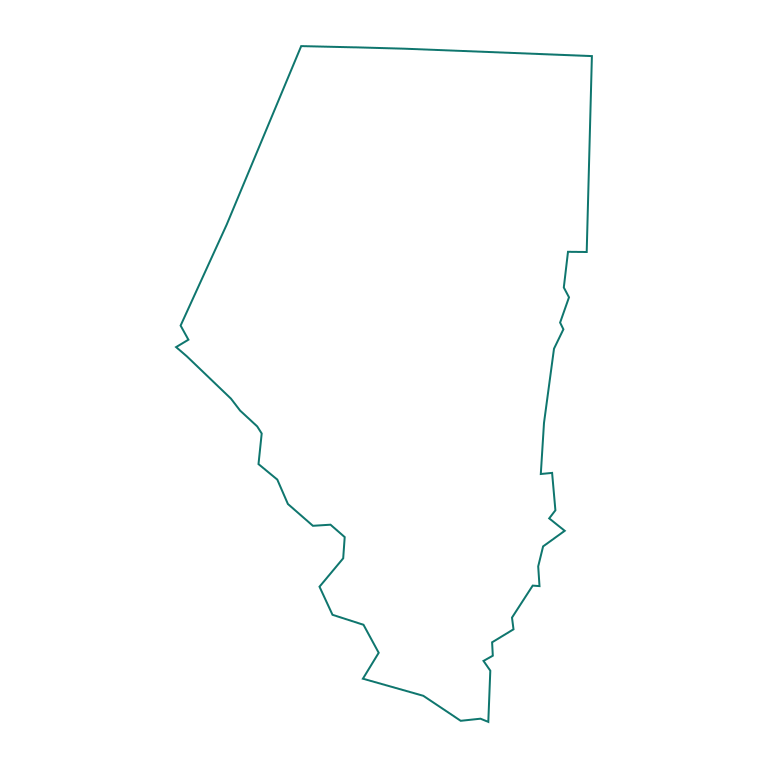 Boone, Missouri, United States of America
{"feature_id": "52423323B93742797793260", "entity_name": "Boone", "entity_type": "district", "adm_level": 2, "iso_a3": "USA", "parent_name": "United States of America", "parent_adm1": "Missouri", "projection": "natural_earth1", "projection_center": [-92.3, 38.946], "detail": "fine", "context": "isolated", "style": "outline", "palette": "teal", "viewbox_px": 768, "rotation_deg": 0, "n_neighbors": 0, "source": "geoboundaries", "source_scale": "gbopen_adm2", "svg_char_len": 769}
<svg xmlns="http://www.w3.org/2000/svg" viewBox="0 0 768 768"><path d="M404.5,48.7L354.4,47.3L352.7,47.3L301.2,46.1L226.7,224.6L180.6,325.6L188.4,339.7L176.1,347.1L186.8,356.3L231.0,398.7L240.1,410.6L257.2,426.4L261.7,433.5L258.5,464.1L277.3,479.6L287.9,504.0L312.9,525.8L330.5,524.7L344.7,537.1L343.2,558.3L319.5,586.7L332.5,614.8L363.5,624.8L378.7,652.8L362.9,678.7L423.3,695.8L460.7,720.8L480.5,718.7L488.3,721.9L490.3,670.7L483.5,660.9L492.8,655.7L492.1,642.3L513.5,629.3L512.0,617.6L532.7,585.6L539.5,586.1L538.2,566.4L543.1,546.4L564.7,530.8L549.2,518.4L555.4,510.3L552.1,472.9L540.8,474.0L544.0,422.9L554.0,348.7L563.4,329.3L560.1,322.6L569.0,297.3L563.8,287.5L568.0,251.8L586.7,252.0L591.9,56.1L404.5,48.7Z" fill="none" stroke="#0f766e" stroke-width="2"/></svg>